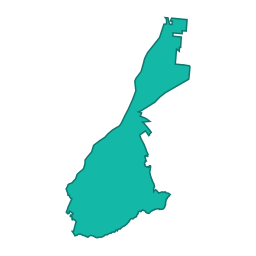 the district of Bolotesti, Vrancea, Romania, rotated 264°
{"feature_id": "2599482B57292828347042", "entity_name": "Bolotesti", "entity_type": "district", "adm_level": 2, "iso_a3": "ROU", "parent_name": "Romania", "parent_adm1": "Vrancea", "projection": "equal_earth", "projection_center": [27.03, 45.838], "detail": "fine", "context": "isolated", "style": "filled", "palette": "teal", "viewbox_px": 256, "rotation_deg": 264, "n_neighbors": 0, "source": "geoboundaries", "source_scale": "gbopen_adm2", "svg_char_len": 5448}
<svg xmlns="http://www.w3.org/2000/svg" viewBox="0 0 256 256"><g transform="rotate(264 128 128)"><path d="M229.6,198.1L232.7,182.9L231.9,182.4L230.9,181.9L229.9,181.5L229.6,183.2L229.5,183.3L229.3,183.2L226.3,182.7L226.7,180.7L226.6,180.3L226.7,180.2L227.0,180.4L228.9,179.8L230.8,179.6L233.4,179.2L233.9,176.6L232.8,177.3L231.5,177.6L230.1,177.6L229.7,177.4L228.4,177.3L227.8,177.2L227.4,177.0L227.5,174.6L214.7,168.9L200.8,155.3L195.3,151.8L189.3,149.6L182.7,146.9L176.5,141.1L173.9,139.7L164.1,139.7L155.7,135.5L146.2,130.0L141.2,126.6L133.7,122.0L130.9,119.6L129.4,116.1L127.4,112.0L124.2,107.4L121.2,104.1L118.5,98.9L116.1,94.9L114.3,92.0L108.1,89.4L104.8,86.0L100.7,82.0L97.4,81.6L92.9,79.9L91.4,78.7L89.4,75.5L87.2,72.6L82.7,70.5L81.4,68.8L79.4,66.7L78.9,65.3L78.6,63.7L78.1,62.9L77.7,62.3L76.6,62.1L74.9,60.8L74.0,60.2L73.4,60.1L72.7,60.5L71.4,60.7L70.2,61.1L68.7,61.3L67.6,61.2L67.4,61.3L67.2,61.9L67.1,62.0L67.2,62.5L65.6,62.8L64.1,63.6L63.9,63.9L63.9,64.3L63.6,64.8L57.2,61.1L55.2,60.0L53.2,59.2L50.9,57.9L50.8,58.1L50.7,58.2L50.2,58.1L50.0,58.5L49.6,58.7L49.3,58.8L49.0,59.1L49.0,59.3L49.1,59.8L49.1,60.2L49.2,60.4L49.9,60.5L50.0,60.7L50.6,60.7L50.9,60.9L51.4,61.0L51.5,61.1L50.7,62.1L50.6,62.3L49.5,63.4L49.2,63.8L49.2,64.1L49.0,64.4L48.8,64.5L48.4,64.2L47.5,63.4L47.3,63.3L47.1,63.1L47.1,62.9L47.5,62.2L47.5,61.9L47.0,61.6L46.1,61.4L45.6,62.5L45.5,63.0L43.5,62.8L43.4,63.0L43.5,63.3L43.3,63.3L42.9,63.2L42.6,63.0L42.4,63.3L42.4,63.5L42.5,63.6L42.9,64.0L43.0,64.3L42.9,64.5L42.7,64.6L42.6,64.9L42.3,65.1L41.7,65.6L41.1,66.3L40.6,66.6L40.0,66.7L39.2,66.2L31.0,63.0L31.1,61.7L28.9,62.9L26.3,64.0L26.5,64.5L26.5,65.1L26.7,65.9L27.1,66.9L27.4,67.0L27.5,67.4L27.6,67.7L27.5,69.2L27.6,69.6L27.2,70.0L26.6,71.0L25.8,72.1L25.8,72.5L25.7,73.0L25.2,73.9L25.1,74.4L24.5,74.8L24.5,75.4L24.2,75.7L24.1,76.0L23.7,76.3L23.6,76.8L25.0,78.9L25.1,79.5L24.5,81.6L24.2,82.4L23.7,82.8L22.4,84.8L22.1,86.2L22.1,86.7L22.4,87.6L22.4,88.3L22.4,88.9L22.2,90.1L22.3,90.8L23.0,92.6L24.3,94.6L23.9,96.0L24.0,96.5L24.5,97.1L24.9,97.9L25.2,98.9L25.2,100.3L25.8,100.8L25.8,101.1L26.1,101.3L26.0,102.3L26.2,103.1L26.1,103.3L26.2,103.7L26.2,103.9L26.0,104.0L26.5,104.5L27.5,104.9L27.6,105.0L27.6,105.3L27.5,105.6L27.0,106.2L26.8,106.7L27.6,106.9L27.9,107.0L28.2,107.3L28.2,107.6L28.4,107.7L28.6,108.5L28.6,108.8L28.4,109.2L28.5,109.2L28.6,109.5L28.7,109.9L28.8,110.3L29.7,111.2L30.3,112.2L30.8,113.8L31.0,114.3L31.4,114.7L31.6,115.4L32.4,116.4L32.6,116.8L33.1,117.4L34.1,118.3L34.3,118.8L34.6,119.1L35.5,119.4L35.4,119.7L35.7,120.0L36.3,120.2L36.9,120.7L37.3,121.2L37.4,121.7L37.4,122.5L37.0,123.4L37.1,123.6L37.7,124.2L38.2,124.8L38.8,127.0L39.1,127.2L39.8,127.5L40.4,127.7L41.0,128.1L41.7,129.1L42.0,129.2L42.6,129.2L43.2,129.3L44.0,130.6L43.9,130.9L43.7,131.1L43.6,131.4L43.6,131.9L43.6,132.4L43.9,132.7L44.4,132.8L44.6,133.1L44.6,133.4L44.7,133.7L45.0,134.0L44.5,134.7L44.2,135.1L43.8,136.2L43.5,136.4L43.1,136.6L42.2,137.0L41.2,138.6L41.1,139.2L40.9,139.6L41.1,140.2L41.8,141.2L42.2,141.4L42.6,141.9L42.8,142.4L43.0,142.7L43.1,143.1L43.1,143.4L43.2,143.6L43.6,144.1L43.9,144.7L43.7,145.2L43.7,145.4L44.4,146.3L44.2,146.7L44.5,147.7L44.6,148.0L44.5,149.0L44.7,149.3L44.5,149.9L44.5,150.0L44.4,150.2L44.4,150.5L44.2,150.5L44.0,150.4L43.8,150.5L43.9,150.8L43.7,151.2L43.8,151.9L43.6,152.5L43.6,152.8L43.8,153.6L43.7,154.1L43.8,154.6L44.1,154.9L44.6,155.4L44.8,155.8L45.3,156.1L45.8,156.1L47.1,157.1L48.0,157.2L48.2,157.3L48.6,157.6L49.0,157.4L49.6,157.4L49.9,157.6L50.5,157.7L50.6,157.8L51.4,158.2L51.6,158.2L52.2,158.3L53.0,158.4L53.3,158.7L53.5,159.0L53.5,159.4L53.9,159.7L54.4,159.8L54.6,160.1L54.9,160.4L55.2,160.7L55.6,160.9L55.9,161.2L56.0,161.4L56.0,161.9L56.2,162.1L56.8,162.2L57.1,162.6L57.4,162.7L57.5,162.9L58.0,162.3L58.5,161.9L59.0,161.2L59.2,160.3L59.3,159.2L60.3,158.8L60.5,158.5L60.6,158.2L60.6,157.8L60.4,157.6L60.4,157.1L60.5,156.5L60.5,156.2L60.8,155.8L60.8,154.6L60.7,154.0L60.5,153.7L60.3,153.3L60.3,153.1L60.4,152.6L60.4,152.4L60.3,152.1L60.1,151.7L61.1,151.1L62.6,150.1L63.7,149.0L62.8,147.5L62.1,146.9L64.2,147.0L64.8,147.2L65.4,147.4L66.7,148.2L69.8,147.9L71.6,147.1L72.6,146.7L72.7,146.8L73.1,146.6L73.6,146.6L75.0,146.1L76.1,145.9L77.5,145.5L81.6,145.0L82.7,145.0L83.1,145.4L83.3,145.5L84.5,145.7L85.9,146.2L87.2,145.7L87.3,146.0L87.2,146.4L88.0,146.4L88.1,146.0L88.2,145.4L88.0,145.2L87.9,145.0L87.7,145.0L87.2,145.2L87.0,144.8L86.7,144.2L87.4,143.9L87.4,142.9L87.3,142.6L87.6,142.1L88.1,141.3L88.4,141.1L88.6,140.9L89.2,141.1L89.6,141.1L89.6,140.9L90.4,140.7L91.2,140.8L91.5,140.7L92.6,141.9L92.9,142.0L93.5,141.7L93.9,142.3L93.7,142.6L95.5,142.2L96.4,142.0L97.4,141.8L97.5,142.0L98.4,141.8L98.6,142.4L98.4,142.5L98.7,143.0L98.1,143.2L98.1,144.2L97.7,144.6L97.8,144.8L99.0,144.4L99.5,145.2L104.6,143.5L104.8,143.7L110.3,142.1L115.8,139.9L117.0,139.5L118.2,139.3L119.8,138.9L123.3,145.2L118.2,147.9L118.9,148.7L119.4,148.8L119.7,148.8L120.4,149.6L121.2,150.7L124.0,149.1L127.4,146.7L127.5,146.8L130.0,145.0L130.4,144.9L132.4,143.2L132.3,150.4L134.8,147.8L136.1,146.0L138.5,141.4L138.7,141.6L141.6,143.1L143.0,140.1L143.8,142.9L150.8,157.3L155.5,162.9L159.3,169.0L170.2,193.5L177.6,195.1L182.5,196.0L183.5,195.4L184.4,191.9L185.0,189.9L185.2,188.2L185.5,187.2L185.8,185.6L186.6,181.7L193.8,183.1L201.5,184.5L199.0,187.0L202.8,187.6L202.6,188.8L208.9,189.8L211.3,190.2L212.9,190.6L214.6,182.3L217.9,182.7L216.1,191.7L219.1,192.1L218.6,194.0L218.5,195.4L218.3,196.0L229.6,198.1Z" fill="#14b8a6" stroke="#0f766e" stroke-width="1.5"/></g></svg>